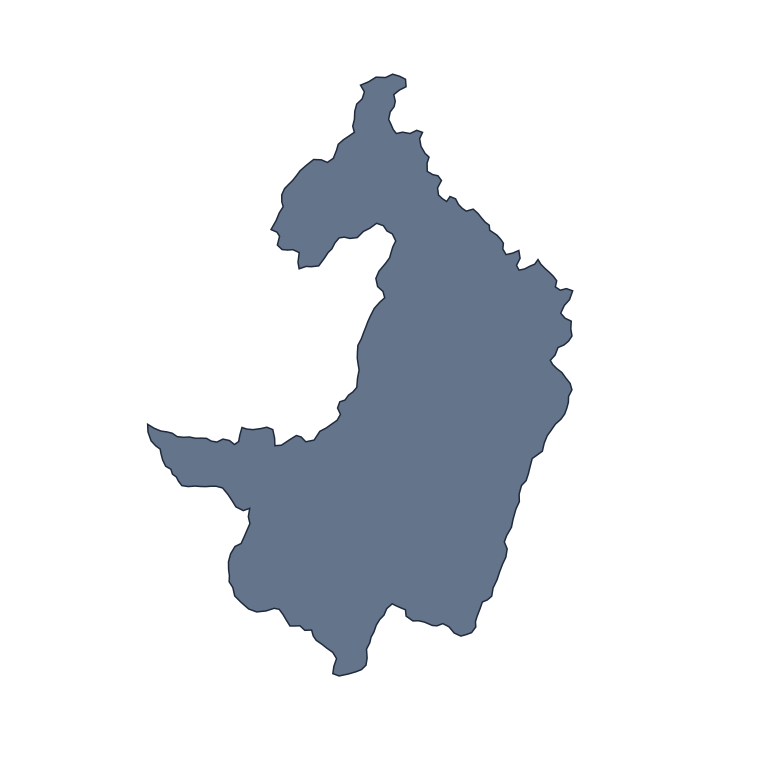 outline of Virginópolis, Minas Gerais, Brazil, rotated 207°
{"feature_id": "56859067B47884480134437", "entity_name": "Virginópolis", "entity_type": "district", "adm_level": 2, "iso_a3": "BRA", "parent_name": "Brazil", "parent_adm1": "Minas Gerais", "projection": "natural_earth1", "projection_center": [-42.648, -18.801], "detail": "fine", "context": "isolated", "style": "filled", "palette": "slate", "viewbox_px": 768, "rotation_deg": 207, "n_neighbors": 0, "source": "geoboundaries", "source_scale": "gbopen_adm2", "svg_char_len": 4143}
<svg xmlns="http://www.w3.org/2000/svg" viewBox="0 0 768 768"><g transform="rotate(207 384 384)"><path d="M576.3,240.8L572.5,234.1L565.7,227.6L559.1,225.2L553.9,224.4L550.9,220.5L546.7,215.8L541.2,211.6L535.2,211.3L531.5,207.6L526.9,206.9L523.0,204.1L518.0,201.7L511.9,203.7L506.0,207.3L501.1,209.3L496.3,211.6L491.8,214.3L487.1,216.7L480.6,218.1L472.6,214.6L465.9,210.8L460.2,207.3L451.9,207.3L447.2,212.2L444.6,204.1L440.1,198.8L439.7,191.9L439.2,184.3L438.9,177.0L443.0,171.6L443.6,163.1L441.9,155.1L438.4,148.4L434.7,143.0L432.2,137.5L426.3,134.0L420.8,127.4L413.0,124.8L407.3,123.3L402.4,122.1L394.0,123.1L386.0,128.3L380.1,134.2L375.1,135.7L369.4,132.8L363.7,129.2L357.9,125.7L353.4,128.0L349.2,130.4L342.7,128.6L336.8,131.9L332.7,127.4L328.0,124.8L321.0,123.9L315.2,122.7L307.8,121.6L301.6,117.8L300.5,109.7L298.1,102.7L291.4,103.5L283.8,109.7L278.1,115.1L274.4,119.3L272.4,125.3L274.6,132.1L279.2,139.8L279.2,147.1L280.6,152.5L280.4,158.4L281.4,165.5L280.9,172.2L279.1,178.1L279.6,185.1L276.9,191.9L272.2,191.9L266.9,192.2L262.4,192.6L258.9,187.2L250.7,186.0L245.8,188.7L240.0,190.2L231.3,190.8L227.0,192.6L222.8,197.2L216.0,197.2L208.4,194.0L201.1,194.3L197.1,197.9L193.1,202.2L191.9,209.2L194.6,213.7L195.6,219.3L196.4,227.2L197.4,234.4L193.9,238.5L191.7,243.8L194.2,251.7L194.4,260.9L195.7,269.1L196.6,277.6L196.8,285.0L199.4,293.0L205.1,297.9L205.9,304.7L205.4,314.2L207.6,322.1L209.7,332.5L210.0,340.6L213.6,347.2L215.4,356.0L213.5,362.4L214.6,369.5L216.4,377.1L218.1,384.9L214.8,391.3L212.4,396.0L214.4,404.0L215.1,412.0L214.1,418.4L213.1,426.0L210.4,432.9L209.4,439.3L210.1,445.3L211.4,451.4L213.9,456.7L213.9,464.1L218.4,469.0L224.6,471.8L230.8,475.0L236.8,476.1L242.5,477.9L246.6,480.6L244.7,487.4L245.5,495.5L241.3,500.6L239.0,506.1L238.3,512.1L242.6,517.9L245.7,525.0L252.5,524.8L258.7,527.3L259.0,535.9L257.0,543.3L258.2,552.7L264.8,551.8L269.5,547.6L275.4,548.3L277.0,554.4L281.9,556.8L287.2,558.5L292.9,560.0L298.6,561.9L303.3,564.8L304.1,559.2L307.4,555.3L310.9,550.4L315.3,546.8L319.8,549.8L319.8,557.7L324.5,564.2L328.7,559.1L334.0,554.7L339.5,558.3L341.5,563.6L345.7,565.9L350.9,567.9L359.6,569.0L362.4,573.3L367.2,574.1L373.1,576.5L377.6,578.6L383.9,580.3L389.2,575.4L394.0,576.0L399.2,577.8L404.3,581.5L410.3,581.0L411.0,575.1L416.0,575.6L421.2,577.1L425.3,583.0L425.2,591.4L430.4,594.0L435.8,592.7L442.0,593.1L445.9,600.4L446.9,606.6L452.1,608.1L458.9,612.5L463.6,618.7L463.9,625.7L470.0,624.9L474.5,619.0L481.8,616.8L486.7,612.8L491.3,614.9L495.5,618.4L500.0,621.9L502.0,629.2L500.9,635.8L502.3,641.0L506.7,646.3L503.5,653.2L499.3,658.9L503.2,665.3L509.7,665.3L516.9,664.0L521.7,657.8L530.4,653.8L534.9,646.3L540.6,639.6L534.1,635.4L532.9,628.1L535.4,621.0L533.8,613.6L530.6,606.6L528.9,599.5L524.7,594.8L527.7,589.2L531.1,583.1L533.6,576.8L532.4,570.6L531.6,562.1L535.1,555.7L541.6,555.3L548.6,552.1L552.4,543.8L555.6,535.9L556.6,529.7L557.8,523.9L559.6,518.5L561.3,513.0L561.0,506.1L557.8,500.0L554.3,496.2L555.0,489.1L554.3,480.5L554.8,470.3L548.3,470.7L544.1,468.2L542.1,459.4L535.9,457.5L530.7,459.6L526.2,462.3L519.2,462.6L515.9,453.4L511.9,448.1L506.8,453.4L502.0,455.5L495.8,459.6L494.2,469.1L493.5,475.6L491.8,480.8L491.8,487.3L490.3,493.8L486.1,496.8L480.5,498.2L474.3,502.3L471.6,510.6L467.3,516.4L463.6,523.8L456.4,524.8L450.9,521.7L444.7,521.5L438.5,516.8L438.4,510.2L437.4,504.4L436.3,499.1L437.4,492.1L439.7,482.3L439.2,474.4L433.9,467.9L426.9,466.0L422.5,461.1L424.8,455.3L427.0,447.0L427.0,438.4L426.7,432.0L426.0,426.1L425.5,420.5L424.7,413.9L424.8,406.6L422.3,400.7L419.5,394.8L416.4,390.4L412.5,385.1L410.2,377.1L406.7,368.6L408.1,362.8L410.5,358.1L411.5,351.9L415.3,348.1L414.5,341.5L409.0,337.2L409.3,330.4L412.6,324.2L415.5,318.6L419.7,312.7L420.8,302.3L427.5,297.0L433.7,299.2L438.7,298.3L443.2,290.8L447.6,282.9L453.2,279.5L456.9,286.1L462.4,292.9L468.8,292.3L473.6,288.3L480.1,283.8L486.0,281.5L490.8,280.8L489.3,273.3L487.4,266.7L489.8,262.2L496.0,263.5L502.5,261.8L506.5,256.4L512.0,254.7L517.5,255.0L522.2,252.8L527.5,250.0L533.2,248.5L538.4,245.5L544.4,243.2L550.4,244.0L555.6,242.8L561.4,240.8L568.6,240.2L576.3,240.8Z" fill="#64748b" stroke="#1e293b" stroke-width="1.5"/></g></svg>